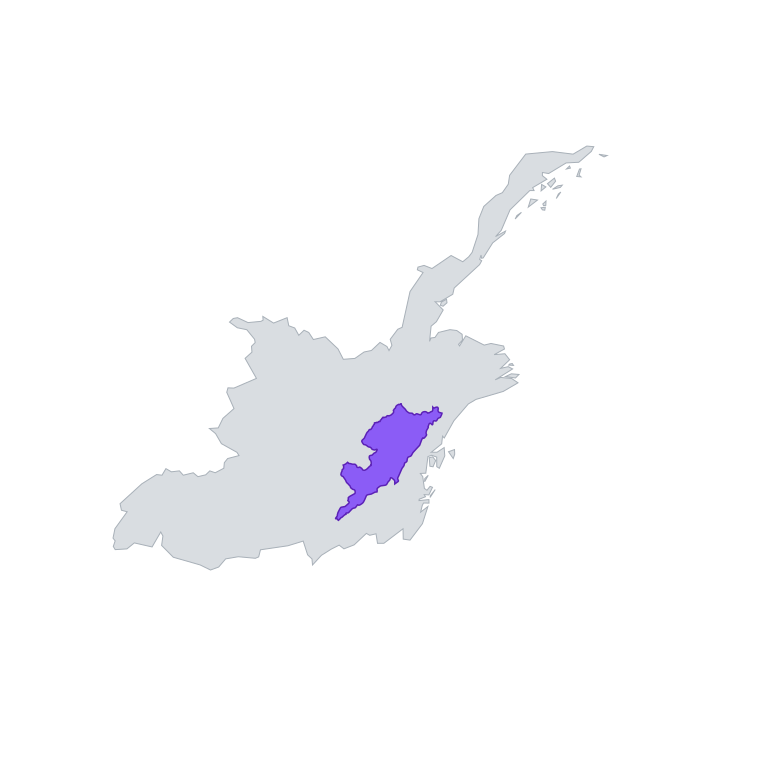 where Magway sits in Myanmar, rotated 234°
{"feature_id": "MMR-3276", "entity_name": "Magway", "entity_type": "Division", "adm_level": 1, "iso_a3": "MMR", "parent_name": "Myanmar", "parent_adm1": "", "projection": "albers", "projection_center": [94.956, 20.535], "detail": "fine", "context": "in_parent", "style": "filled", "palette": "violet", "viewbox_px": 768, "rotation_deg": 234, "n_neighbors": 0, "source": "natural_earth", "source_scale": "10m", "svg_char_len": 9639}
<svg xmlns="http://www.w3.org/2000/svg" viewBox="0 0 768 768"><g transform="rotate(234 384 384)"><path d="M494.6,344.6L487.1,341.2L481.8,344.7L473.5,343.7L474.5,350.9L469.9,353.4L461.5,353.0L456.7,364.2L439.4,367.4L427.9,365.6L421.8,375.5L421.6,386.7L418.5,393.5L420.0,405.2L412.6,408.4L408.1,407.7L410.6,413.1L416.5,415.3L420.2,427.3L419.2,432.0L443.5,459.4L451.2,481.1L456.8,478.1L458.6,480.2L456.4,486.1L449.2,490.7L448.5,513.8L436.6,519.6L437.1,527.3L438.7,532.7L449.7,547.9L462.0,558.0L469.0,569.1L470.7,585.4L469.2,592.2L472.6,602.0L479.0,608.3L486.7,633.8L473.0,656.9L458.8,672.1L457.3,687.9L452.7,693.2L450.3,688.4L448.9,671.9L455.8,661.3L457.5,640.9L462.0,636.5L459.5,634.6L453.9,636.1L455.5,619.7L452.3,619.1L454.8,615.6L450.8,588.3L439.4,569.2L437.7,560.9L436.3,572.2L434.9,570.0L434.3,554.9L427.7,538.4L428.3,536.9L431.3,538.3L428.5,534.6L426.3,535.5L424.4,531.5L420.4,497.2L416.2,492.4L417.6,477.5L420.5,473.7L409.1,475.4L403.6,463.0L403.1,456.1L391.7,445.9L393.6,449.1L391.7,452.6L393.7,458.4L389.2,469.3L384.5,474.3L378.3,476.4L373.4,473.3L372.3,467.6L370.4,467.5L374.9,478.5L356.6,487.9L353.9,494.4L344.4,503.1L341.5,502.0L343.0,490.4L337.4,499.6L329.8,499.9L328.1,487.5L325.0,494.7L320.6,496.9L322.0,476.4L320.7,482.3L313.4,490.5L306.2,493.1L307.9,476.1L317.5,449.3L318.3,440.5L313.2,419.0L304.9,401.0L307.4,400.7L301.7,395.5L301.0,382.1L297.6,386.9L297.2,395.3L290.1,390.9L283.3,379.2L286.1,378.1L293.9,383.7L298.3,380.7L299.5,376.9L287.3,365.4L290.3,360.8L286.3,360.9L275.8,355.3L272.8,356.3L274.1,361.1L271.9,362.5L267.9,355.1L270.9,351.5L268.4,351.3L270.1,344.8L269.1,343.8L264.1,352.4L261.2,350.4L264.5,346.0L263.2,343.5L258.8,338.3L259.1,347.5L248.4,333.0L242.4,313.3L247.2,308.4L255.7,314.3L255.2,290.3L258.9,285.1L267.5,289.5L270.0,283.5L273.5,281.9L271.4,265.3L274.2,254.7L280.0,253.0L281.4,244.4L282.2,232.7L279.6,219.8L284.8,222.9L290.7,221.8L304.4,226.3L309.6,211.2L322.5,186.6L317.8,181.0L318.6,177.5L329.9,164.6L335.6,153.1L333.1,142.7L335.5,134.3L345.7,128.9L367.7,111.7L384.1,109.2L391.0,115.8L395.5,116.4L388.5,100.6L402.2,88.6L401.7,79.1L408.0,69.2L411.7,69.5L415.1,74.3L418.6,74.2L425.1,81.3L431.6,101.1L436.2,97.4L442.3,100.1L445.6,129.5L444.4,146.8L440.7,150.8L443.7,157.8L437.9,160.4L434.0,167.4L428.2,168.0L424.3,177.5L418.4,179.0L415.3,186.4L416.1,192.0L411.4,195.3L410.0,204.9L414.2,208.6L415.6,213.7L411.3,224.6L415.1,224.9L431.3,217.4L442.8,218.6L450.6,216.6L445.9,224.1L450.9,233.5L452.3,248.2L469.7,251.9L472.6,255.5L468.9,260.2L463.5,284.1L486.4,286.7L487.4,295.9L492.4,299.0L493.2,304.1L496.3,305.6L508.6,304.9L515.7,298.4L524.9,295.4L525.6,300.6L523.7,304.5L513.6,310.1L507.0,321.3L506.7,323.7L509.9,325.7L498.2,330.5L494.6,344.6ZM290.5,372.8L297.8,377.3L296.4,380.6L291.7,380.8L288.2,375.0L290.5,372.8ZM442.3,604.7L447.4,611.5L442.6,616.3L442.3,604.7ZM289.5,402.5L285.6,399.9L283.0,396.2L291.3,396.4L289.5,402.5ZM450.0,634.0L450.4,642.9L447.2,642.0L445.1,634.5L450.0,634.0ZM317.4,493.0L312.4,498.8L311.6,493.9L318.6,486.7L317.4,493.0ZM415.8,484.4L412.7,482.7L412.2,477.5L414.6,475.9L416.5,478.5L415.8,484.4ZM440.1,645.1L439.4,642.2L442.5,634.8L442.1,641.2L440.1,645.1ZM438.6,661.9L443.0,668.5L442.3,669.9L438.3,664.6L435.8,665.1L438.6,661.9ZM452.8,628.8L448.3,630.8L447.9,624.6L452.8,628.8ZM443.5,692.9L437.7,698.8L438.4,695.5L443.5,692.9ZM266.5,356.0L268.5,363.4L265.1,354.6L266.5,356.0ZM442.2,590.6L442.1,596.1L440.4,587.1L442.2,590.6ZM283.5,361.4L284.1,366.1L281.0,359.4L283.5,361.4ZM436.8,622.6L433.4,619.9L434.5,617.9L436.3,618.3L436.8,622.6ZM434.3,614.6L432.2,618.4L430.1,616.2L431.8,614.5L434.3,614.6ZM435.2,636.7L435.4,639.9L432.8,632.4L435.2,636.7ZM325.2,499.8L322.9,499.7L326.0,496.0L326.3,497.4L325.2,499.8ZM451.3,662.2L449.1,661.7L450.7,658.0L451.3,662.2Z" fill="#d9dde1" stroke="#a8b0b8" stroke-width="1"/><path d="M326.3,413.8L325.8,413.2L325.4,412.7L324.0,410.1L324.0,409.8L324.0,409.4L324.2,408.7L324.3,408.2L324.4,407.7L324.3,407.1L323.5,405.3L323.4,404.7L323.7,404.0L324.7,403.1L324.9,402.7L324.9,402.2L324.3,401.2L322.9,399.9L322.7,399.7L322.6,399.3L322.7,399.0L323.1,398.9L324.2,398.7L324.7,398.5L325.1,398.3L325.3,397.9L325.3,397.5L325.1,396.8L324.8,396.4L323.5,394.5L323.1,394.5L322.6,393.9L321.4,391.1L319.9,389.4L318.8,388.8L318.3,388.7L317.8,388.6L317.5,388.0L317.2,387.2L316.7,385.2L316.7,384.4L316.9,384.0L317.3,384.0L317.5,383.9L317.5,383.6L317.4,383.0L316.6,381.5L313.7,377.2L313.4,376.6L312.7,372.9L311.5,367.1L310.1,364.1L310.0,363.7L310.0,363.1L310.2,362.2L310.5,361.2L310.6,360.7L310.6,360.2L310.3,359.7L309.8,358.9L308.8,357.9L308.2,357.4L307.9,356.8L307.8,356.3L307.9,354.2L306.3,352.3L305.9,351.4L305.2,349.1L304.7,348.2L300.6,341.2L300.5,340.9L300.2,340.3L299.8,339.8L299.3,339.4L298.8,339.2L297.5,338.9L297.1,338.7L296.8,338.1L296.8,334.0L299.1,335.6L299.7,335.7L300.6,335.8L303.3,335.1L304.0,334.7L304.2,334.4L304.2,334.1L304.0,333.7L303.1,332.6L302.9,332.1L302.7,331.5L302.5,330.1L302.2,329.3L301.2,327.1L301.1,326.8L301.4,325.4L303.4,321.7L303.6,321.0L303.7,320.2L303.6,317.9L303.5,317.3L303.3,316.9L302.9,316.5L301.6,315.7L300.8,314.9L301.8,313.1L302.4,309.1L304.0,305.7L304.1,305.1L304.1,304.5L304.0,304.1L301.9,300.6L300.7,298.3L300.3,297.1L300.2,295.8L300.3,293.7L300.6,292.6L300.8,292.3L301.1,292.1L301.7,291.8L301.8,291.6L301.8,291.4L301.7,291.2L301.5,290.6L300.8,288.3L300.9,287.6L301.6,286.0L301.7,285.2L301.7,284.6L300.8,280.0L300.8,279.4L301.0,278.9L301.7,277.8L301.8,277.3L301.7,277.0L301.4,276.9L301.0,276.8L300.9,276.6L301.2,275.7L301.3,275.3L300.9,271.8L301.1,270.5L301.0,269.9L300.7,268.8L300.5,267.0L301.3,266.8L301.8,266.8L302.2,266.8L302.7,266.6L302.9,266.4L303.0,266.3L303.3,265.8L303.5,265.8L303.8,265.9L304.0,266.4L304.1,266.7L304.1,267.0L304.0,267.3L304.4,267.5L304.5,268.0L304.8,268.7L305.1,269.0L305.7,269.5L307.0,271.1L308.4,273.8L309.3,275.7L309.4,276.1L309.5,276.8L309.3,277.3L308.1,279.8L307.9,280.3L307.8,280.6L307.8,281.1L308.2,285.1L308.4,285.7L308.6,286.1L308.9,286.4L309.2,286.5L309.6,286.5L310.5,286.2L311.1,286.3L311.6,287.3L311.9,287.5L312.3,287.8L312.6,287.9L312.9,288.1L313.1,288.7L313.2,289.4L313.2,290.4L312.5,296.0L312.7,296.4L313.0,296.7L313.5,297.2L314.3,297.6L315.0,297.9L315.5,297.9L315.8,297.8L316.0,297.7L316.7,297.1L317.4,296.7L319.0,296.2L319.6,296.1L320.5,296.3L321.1,296.5L321.6,296.6L322.1,296.5L323.4,296.3L324.7,296.2L325.2,296.0L326.7,295.9L329.1,296.4L333.2,296.5L334.1,295.9L335.1,295.7L335.6,295.8L336.4,296.1L336.6,296.5L337.5,297.5L338.1,298.7L338.5,299.1L339.0,299.5L339.2,299.8L339.3,300.3L339.3,301.1L339.4,301.6L339.9,301.9L340.5,302.6L341.1,302.9L342.4,303.3L342.2,303.8L341.9,305.5L341.8,305.8L342.0,308.3L341.7,308.2L341.5,308.7L341.2,308.7L340.7,308.7L340.4,308.8L340.2,309.0L339.7,309.7L337.6,311.4L336.6,312.8L336.1,313.4L335.3,313.6L334.0,313.8L333.8,313.7L333.4,313.4L333.1,313.3L332.3,313.4L331.7,313.9L331.3,314.7L331.1,315.5L330.8,315.7L328.7,316.4L327.3,316.3L327.1,316.3L326.8,316.4L326.6,316.5L326.3,316.8L325.9,317.1L325.6,317.7L325.4,318.5L325.3,319.1L325.3,320.6L325.8,323.5L325.9,325.0L325.7,325.6L326.5,325.9L326.4,326.3L327.3,327.0L328.5,327.8L329.3,328.1L330.0,328.2L331.6,328.1L333.2,328.8L334.0,329.5L334.2,329.8L334.3,330.0L334.3,330.5L334.1,331.1L334.0,331.4L333.9,331.6L333.6,332.2L333.5,332.5L333.5,333.0L333.9,335.1L333.9,335.4L333.8,336.0L333.6,336.5L333.6,337.3L333.8,338.0L334.6,339.5L334.8,339.8L335.1,339.9L335.3,339.9L335.5,339.7L335.7,339.2L336.0,337.8L336.3,337.4L337.5,336.4L338.0,336.1L338.8,335.9L339.2,335.9L340.1,336.0L340.6,335.8L340.9,335.7L342.1,334.6L342.9,334.2L344.4,333.8L345.6,333.3L346.0,333.0L346.6,332.3L347.0,332.1L347.4,332.0L347.7,332.0L348.9,332.0L350.3,332.2L350.8,332.4L350.9,332.5L351.0,332.6L351.3,333.1L351.4,333.4L351.7,336.1L354.4,341.0L354.8,342.0L355.0,343.4L355.2,344.0L355.4,344.4L355.7,345.2L355.7,345.4L355.6,345.6L355.4,346.0L355.2,346.2L355.1,346.4L355.0,346.5L355.5,348.5L355.7,348.8L356.0,349.1L356.1,349.4L356.2,349.5L356.3,350.2L356.4,350.4L356.6,350.7L356.7,351.0L356.8,351.2L356.9,351.3L357.1,352.4L357.2,352.6L357.4,352.9L357.6,353.0L358.0,353.2L358.1,353.3L358.1,353.5L358.0,353.8L357.9,354.1L357.4,354.8L357.2,355.2L357.3,355.5L357.2,355.7L357.1,355.8L356.5,356.3L356.7,357.2L356.7,357.4L356.7,357.7L356.4,358.0L356.0,358.7L356.0,358.8L356.2,359.1L356.5,359.2L356.6,359.4L356.8,360.0L356.9,361.2L357.2,361.6L357.3,361.8L357.4,362.1L357.4,362.8L357.5,363.1L357.7,363.4L357.6,363.6L357.6,363.8L357.3,364.0L357.2,364.1L356.9,364.1L356.8,364.4L356.7,364.9L356.6,365.2L356.1,366.1L356.1,366.3L356.1,366.6L356.3,366.8L356.4,367.1L356.4,367.4L356.4,367.7L356.2,368.4L356.0,368.6L355.7,368.9L355.5,369.1L355.1,369.9L354.8,371.2L355.0,373.7L355.3,374.7L355.4,375.0L355.7,375.3L356.5,375.9L357.2,376.1L357.2,376.5L357.6,377.2L357.8,378.2L357.8,378.7L357.9,379.1L358.0,379.3L358.7,380.3L358.9,380.7L359.0,381.0L359.1,381.5L359.1,382.5L358.9,383.7L358.9,383.9L358.8,384.0L358.4,384.3L358.3,384.5L358.2,384.6L358.2,384.8L358.1,385.0L358.2,385.8L358.1,386.0L357.8,386.3L356.9,385.8L356.6,385.8L356.2,385.7L355.2,385.7L351.0,386.4L349.1,386.3L348.4,386.4L346.5,387.0L345.5,387.5L343.8,389.6L341.5,390.1L340.9,390.8L340.9,392.2L340.9,392.4L340.8,392.7L340.6,393.1L340.1,393.5L338.5,394.6L337.7,395.3L337.6,395.6L337.5,396.2L337.8,396.5L338.2,397.1L338.5,398.6L338.2,399.8L337.6,400.9L336.9,401.6L336.5,401.8L335.5,402.2L335.4,402.2L335.0,402.2L334.9,402.2L334.8,402.4L334.7,402.8L334.2,403.3L334.1,404.0L334.0,405.5L333.8,406.2L333.6,406.8L333.8,407.4L334.3,408.2L336.6,409.9L335.8,410.0L335.1,410.4L334.9,410.9L334.9,411.6L334.6,412.5L334.3,413.1L333.7,413.7L332.8,413.7L332.0,413.3L331.3,412.5L330.5,411.9L329.5,411.7L328.7,411.9L327.9,412.5L326.3,413.8Z" fill="#8b5cf6" stroke="#5b21b6" stroke-width="1.5"/></g></svg>